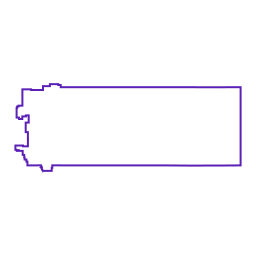 Laverton, Western Australia, Australia (Mercator projection)
{"feature_id": "25037944B80817080024086", "entity_name": "Laverton", "entity_type": "district", "adm_level": 2, "iso_a3": "AUS", "parent_name": "Australia", "parent_adm1": "Western Australia", "projection": "mercator", "projection_center": [123.06, -27.938], "detail": "fine", "context": "isolated", "style": "outline", "palette": "violet", "viewbox_px": 256, "rotation_deg": 0, "n_neighbors": 0, "source": "geoboundaries", "source_scale": "gbopen_adm2", "svg_char_len": 3200}
<svg xmlns="http://www.w3.org/2000/svg" viewBox="0 0 256 256"><path d="M240.6,87.2L228.5,87.2L220.3,87.3L184.7,87.2L163.7,87.2L142.6,87.2L120.0,87.2L109.7,87.2L109.1,87.2L108.8,87.2L108.4,87.2L107.9,87.2L107.6,87.2L107.1,87.2L106.8,87.2L106.2,87.2L105.9,87.2L105.5,87.2L104.9,87.2L104.4,87.2L104.1,87.2L103.8,87.2L103.4,87.2L103.1,87.2L102.6,87.2L102.0,87.2L101.7,87.2L101.2,87.2L100.9,87.2L100.5,87.2L99.9,87.2L99.6,87.2L99.1,87.2L98.7,87.2L98.4,87.2L97.9,87.2L97.6,87.2L97.1,87.2L96.8,87.2L96.4,87.2L96.1,87.2L95.5,87.2L94.9,87.2L94.6,87.2L94.1,87.2L93.8,87.2L93.4,87.2L92.9,87.2L92.6,87.2L92.3,87.2L91.8,87.2L91.2,87.2L90.9,87.2L90.5,87.2L90.2,87.2L89.7,87.2L89.1,87.2L88.8,87.2L88.4,87.2L87.9,87.2L87.6,87.2L87.0,87.2L86.4,87.2L85.8,87.2L85.2,87.2L84.6,87.2L84.0,87.2L83.7,87.2L83.2,87.2L82.6,87.2L82.0,87.2L81.2,87.2L80.6,87.2L80.0,87.2L79.6,87.2L79.0,87.2L78.4,87.2L77.8,87.2L77.1,87.2L76.4,87.2L75.9,87.2L75.5,87.2L75.2,87.2L74.7,87.2L74.3,87.2L74.0,87.2L73.7,87.2L73.2,87.2L72.8,87.2L72.3,87.2L71.8,87.2L71.5,87.2L71.2,87.2L70.8,87.2L70.5,87.2L70.0,87.2L69.6,87.2L69.3,87.2L69.0,87.2L68.5,87.2L68.1,87.2L67.8,87.2L67.3,87.2L67.0,87.2L66.5,87.2L66.2,87.2L65.8,87.2L65.3,87.2L64.9,87.2L64.6,87.2L64.1,87.2L63.5,87.2L63.1,87.2L62.7,87.2L62.2,87.2L61.6,87.2L61.2,87.2L60.7,87.2L60.7,85.0L60.4,85.0L60.0,85.0L59.4,85.0L58.8,85.0L58.2,85.0L58.2,84.1L57.8,84.1L57.4,84.1L57.1,84.1L56.7,84.1L56.2,84.1L55.8,84.1L55.2,84.1L54.9,84.1L54.5,84.1L54.0,84.1L53.6,84.1L53.1,84.1L52.8,84.1L49.9,84.1L49.9,86.1L43.0,86.1L43.0,90.0L31.1,90.0L31.1,89.3L22.4,89.3L22.4,105.7L18.5,105.7L18.5,106.5L17.1,106.5L17.1,107.9L16.6,107.9L16.6,111.0L16.6,117.6L16.8,117.6L17.0,117.6L18.4,117.6L19.0,117.6L19.0,119.0L19.4,119.0L19.9,119.0L20.2,119.0L20.6,119.0L20.9,119.0L21.4,119.0L21.8,119.0L22.3,119.0L22.3,117.6L22.3,116.4L25.9,116.4L25.9,115.4L27.7,115.4L28.7,115.4L28.7,122.6L25.7,122.6L25.7,132.1L27.9,132.1L27.9,139.0L28.0,139.0L28.0,139.6L27.9,140.8L27.9,141.1L27.9,141.7L27.9,142.0L27.9,142.5L27.9,143.6L27.9,146.3L25.5,146.3L24.7,146.3L24.2,146.3L23.7,146.3L23.0,146.3L23.0,145.5L17.4,145.5L15.4,145.5L15.4,149.9L16.8,149.9L16.8,150.9L17.3,150.9L17.3,150.2L18.8,150.2L18.8,150.9L22.7,150.9L22.7,154.9L24.2,154.9L24.2,157.4L24.6,157.4L24.6,159.5L25.4,159.5L26.4,159.5L26.4,161.6L27.4,161.6L27.4,164.1L27.4,165.4L28.1,165.4L30.7,165.4L35.0,165.4L35.9,165.4L40.9,165.3L40.9,165.5L41.1,165.6L41.2,165.8L41.3,165.9L41.3,166.0L41.4,166.3L41.4,166.6L41.4,166.8L41.2,167.0L41.3,167.2L41.3,167.3L41.2,167.3L41.2,167.2L41.0,167.3L41.3,167.5L41.5,167.5L41.5,167.4L41.5,167.2L41.6,167.3L41.6,167.5L41.8,167.4L41.8,167.2L41.7,167.2L41.8,167.0L41.8,167.3L41.9,167.5L41.7,167.7L41.4,167.6L41.4,167.9L41.5,168.0L41.8,168.5L42.0,168.8L42.0,169.0L41.9,169.1L41.9,169.3L42.0,169.4L42.1,169.2L42.2,169.3L42.1,169.5L42.3,169.9L42.2,170.0L42.3,170.2L42.4,170.3L42.6,170.4L42.7,170.5L42.9,170.7L43.0,170.8L43.1,171.1L43.2,171.4L43.2,171.6L43.4,171.7L43.4,171.9L43.4,170.9L51.7,170.9L51.7,167.8L52.3,167.8L52.3,165.3L55.8,165.3L63.1,165.4L74.5,165.4L90.0,165.4L114.1,165.4L122.7,165.4L141.9,165.4L160.9,165.4L164.6,165.4L190.7,165.6L225.5,165.5L240.6,165.4L240.6,133.8L240.6,87.2Z" fill="none" stroke="#5b21b6" stroke-width="2"/></svg>